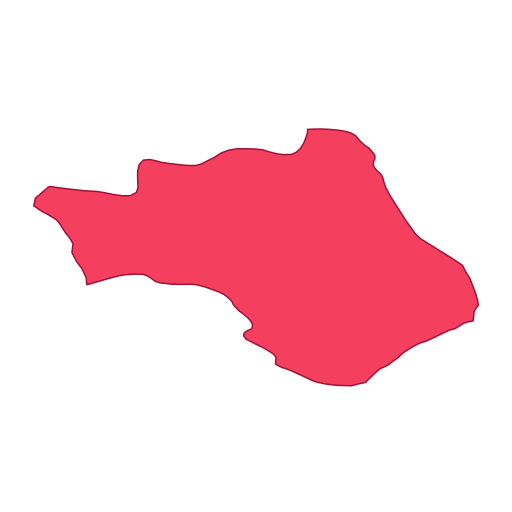 Boumi-Louetsi, Ngounié, Gabon, rotated 91°
{"feature_id": "22940354B74910664495270", "entity_name": "Boumi-Louetsi", "entity_type": "district", "adm_level": 2, "iso_a3": "GAB", "parent_name": "Gabon", "parent_adm1": "Ngounié", "projection": "equal_earth", "projection_center": [11.888, -2.012], "detail": "fine", "context": "isolated", "style": "filled", "palette": "rose", "viewbox_px": 512, "rotation_deg": 91, "n_neighbors": 0, "source": "geoboundaries", "source_scale": "gbopen_adm2", "svg_char_len": 2221}
<svg xmlns="http://www.w3.org/2000/svg" viewBox="0 0 512 512"><g transform="rotate(91 256 256)"><path d="M317.2,37.9L312.9,37.3L308.2,37.1L304.6,35.3L304.3,35.1L301.4,32.9L297.9,33.4L290.8,35.3L284.5,37.8L275.2,41.5L267.6,46.4L261.8,49.3L255.7,58.7L235.8,91.9L231.4,96.8L217.9,106.8L202.5,117.0L192.3,123.6L185.0,127.6L179.6,129.5L175.6,130.5L171.8,132.7L168.8,136.3L166.2,138.8L163.4,140.2L159.8,140.2L156.7,138.8L153.2,139.0L149.1,142.2L146.0,145.1L143.9,148.7L139.2,154.0L134.2,158.3L131.4,163.0L130.0,167.9L129.1,173.4L128.5,178.9L128.1,185.4L127.9,192.7L128.1,200.6L128.5,206.5L132.1,206.8L136.3,208.0L142.2,210.2L147.9,213.6L151.8,217.9L153.8,222.2L154.1,230.8L153.6,236.3L151.8,244.0L149.7,251.1L149.0,259.1L149.0,267.4L149.0,276.0L150.6,284.9L153.6,292.6L158.4,299.9L165.3,313.1L166.6,318.1L166.6,326.4L166.2,333.1L165.5,339.3L164.8,346.3L163.9,352.8L162.5,358.0L161.4,363.8L162.1,370.3L166.4,374.3L173.2,375.8L178.5,375.8L184.4,375.5L189.9,375.2L194.7,376.8L197.9,382.9L198.1,390.3L197.2,398.6L195.4,408.4L194.2,416.7L193.8,428.4L192.0,447.4L190.1,463.2L190.8,465.0L202.1,477.6L209.7,479.1L215.1,470.9L218.2,464.7L223.2,456.2L226.5,453.3L236.5,446.6L241.1,442.7L246.7,439.2L255.9,440.1L265.0,435.1L271.3,430.1L280.5,425.5L287.5,424.7L287.1,422.5L285.7,418.1L284.0,412.4L281.6,404.7L279.9,399.0L278.2,392.6L277.1,387.0L276.2,376.4L276.2,369.4L277.3,365.2L279.9,360.7L283.0,356.4L284.6,351.5L285.0,346.5L285.7,339.7L285.7,334.0L285.6,327.3L285.4,320.8L285.7,315.1L287.9,306.2L290.8,297.6L293.0,291.5L295.2,287.1L298.9,282.2L302.2,279.1L305.2,277.7L307.8,275.3L311.0,272.2L314.1,267.9L316.7,264.5L320.5,260.6L324.3,258.4L327.4,258.4L329.6,260.0L330.7,263.3L333.1,266.5L336.1,266.9L339.4,264.3L341.7,259.6L345.2,252.5L346.9,248.6L349.3,244.1L352.1,239.3L354.4,236.2L357.3,234.2L361.0,234.6L363.8,234.6L366.8,228.7L368.9,221.8L372.2,214.0L374.6,208.5L377.6,201.8L379.7,197.2L381.3,192.1L382.6,185.0L383.3,179.5L383.9,172.7L384.1,158.5L381.9,150.6L380.5,144.1L379.6,143.5L369.7,133.7L366.5,129.8L362.7,122.1L358.2,116.4L355.3,112.4L350.6,107.7L344.5,98.7L340.5,91.4L337.8,83.5L332.8,73.5L326.9,61.7L325.2,55.8L322.3,51.3L319.6,47.3L318.0,42.2L317.2,37.9Z" fill="#f43f5e" stroke="#9f1239" stroke-width="1.5"/></g></svg>